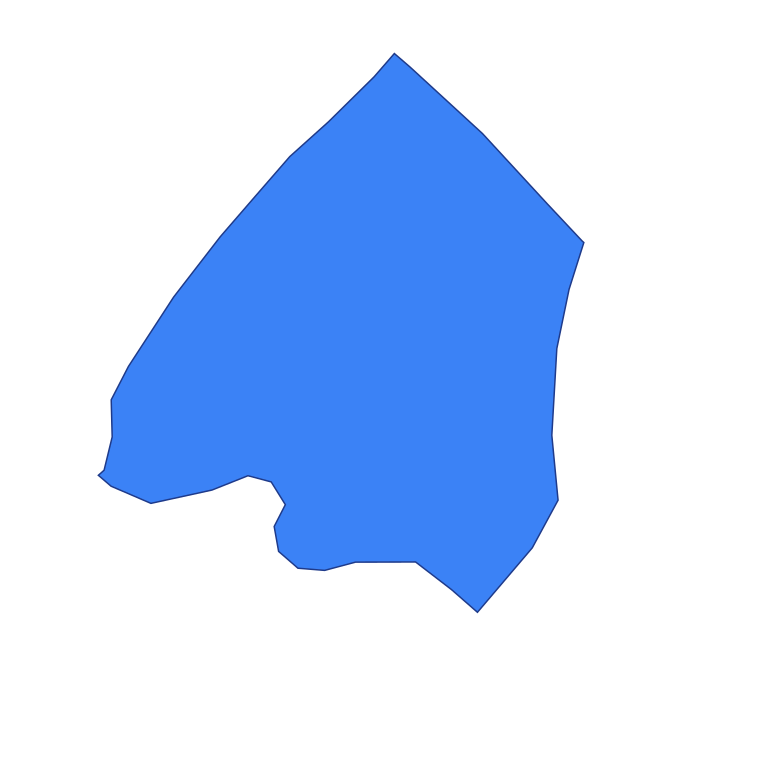 outline of Zrnovci, rotated 221°
{"feature_id": "MKD-2924", "entity_name": "Zrnovci", "entity_type": "Statistical Region", "adm_level": 1, "iso_a3": "MKD", "parent_name": "North Macedonia", "parent_adm1": "", "projection": "albers", "projection_center": [22.41, 41.829], "detail": "fine", "context": "isolated", "style": "filled", "palette": "blue", "viewbox_px": 768, "rotation_deg": 221, "n_neighbors": 0, "source": "natural_earth", "source_scale": "10m", "svg_char_len": 615}
<svg xmlns="http://www.w3.org/2000/svg" viewBox="0 0 768 768"><g transform="rotate(221 384 384)"><path d="M326.0,621.9L306.4,576.8L276.8,524.1L223.7,455.4L176.4,410.5L164.6,357.6L163.7,273.0L198.2,273.1L243.4,270.4L288.7,230.8L306.5,204.4L328.1,188.5L353.7,188.5L373.4,204.4L379.3,228.2L404.9,236.1L426.5,225.5L444.2,191.2L481.6,141.0L522.9,127.8L539.7,127.7L538.7,135.3L554.4,165.7L579.5,193.1L588.4,229.6L599.8,311.6L604.2,387.7L604.3,442.2L604.3,493.9L597.9,545.6L593.0,609.4L593.0,640.2L572.3,640.3L473.8,637.6L379.2,627.1L328.0,621.9L326.0,621.9Z" fill="#3b82f6" stroke="#1e3a8a" stroke-width="1.5"/></g></svg>